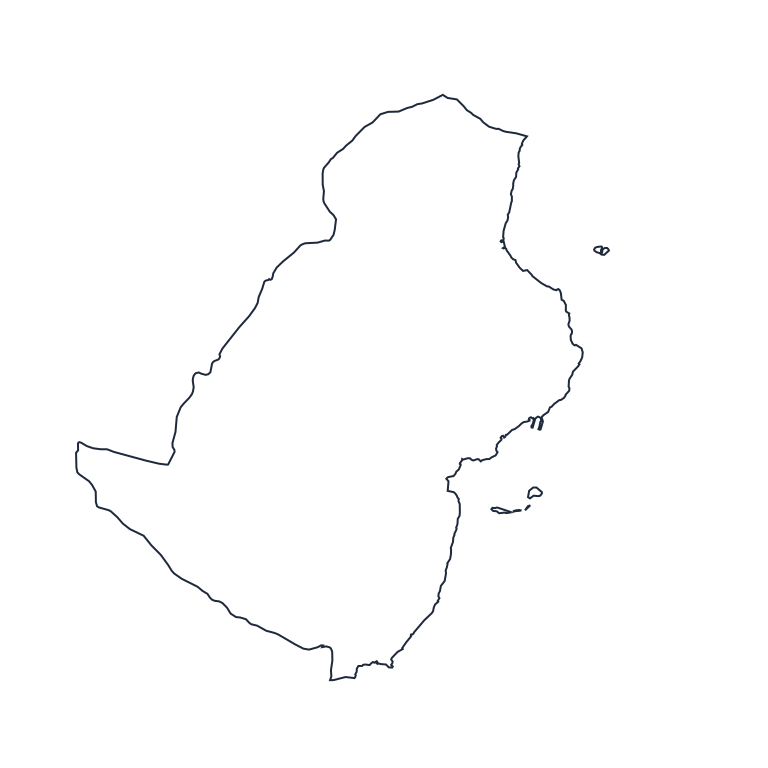 the district of Asseb, Debubawi Keyih Bahri, Eritrea, rotated 41°
{"feature_id": "51966322B31129292770878", "entity_name": "Asseb", "entity_type": "district", "adm_level": 2, "iso_a3": "ERI", "parent_name": "Eritrea", "parent_adm1": "Debubawi Keyih Bahri", "projection": "natural_earth1", "projection_center": [42.689, 12.973], "detail": "fine", "context": "isolated", "style": "outline", "palette": "slate", "viewbox_px": 768, "rotation_deg": 41, "n_neighbors": 0, "source": "geoboundaries", "source_scale": "gbopen_adm2", "svg_char_len": 6170}
<svg xmlns="http://www.w3.org/2000/svg" viewBox="0 0 768 768"><g transform="rotate(41 384 384)"><path d="M554.7,625.3L554.5,623.8L553.8,622.4L552.8,622.0L552.2,619.2L550.2,616.6L549.7,613.6L552.5,611.1L552.5,609.6L553.9,608.0L557.5,605.6L557.6,603.0L558.1,601.0L559.5,600.7L560.4,598.0L561.5,598.3L561.7,599.6L562.7,599.5L563.4,598.4L565.3,597.5L569.5,594.4L573.6,594.7L576.2,592.6L576.0,591.5L573.7,591.3L573.5,589.4L572.6,587.8L570.3,587.3L569.6,585.8L570.0,577.3L572.0,571.7L571.0,571.4L570.2,564.0L570.0,556.8L569.0,556.0L568.8,555.1L569.8,554.4L570.0,553.0L569.6,551.7L569.4,535.9L570.4,525.5L570.1,523.3L568.1,519.8L567.2,516.9L567.8,512.8L566.9,512.6L566.3,509.2L564.5,508.7L562.6,506.1L562.1,503.6L559.4,499.1L559.0,492.8L555.0,486.2L552.9,484.3L551.7,481.1L550.1,478.2L549.4,477.8L548.7,472.7L545.9,468.1L543.0,464.7L542.0,464.0L539.7,458.0L537.0,454.3L536.2,451.6L535.4,451.0L534.3,446.7L533.5,445.4L532.8,445.2L531.4,441.6L528.1,437.3L527.5,433.9L525.8,431.5L519.8,424.8L517.9,424.0L516.4,422.8L515.8,421.7L514.1,421.5L512.2,420.5L509.7,419.9L507.5,419.9L502.2,422.9L496.5,415.1L493.2,414.6L493.3,412.7L493.7,411.9L496.9,407.8L496.8,404.8L496.1,402.9L496.5,399.4L496.2,398.5L495.1,395.0L494.6,394.4L493.7,394.6L493.2,394.0L493.0,390.5L492.2,389.3L493.4,389.0L495.8,385.2L497.5,383.7L500.0,383.7L501.6,383.1L503.7,379.5L504.7,378.7L507.8,378.9L508.1,377.1L510.7,373.3L512.7,371.6L513.4,368.5L515.1,364.7L514.4,360.9L512.7,360.7L510.9,359.2L510.2,357.0L509.1,356.1L508.9,353.2L509.2,349.3L508.8,348.3L507.3,348.1L507.1,346.2L507.8,345.0L509.8,345.6L510.1,344.1L509.3,342.5L510.2,341.4L510.8,334.6L512.2,332.4L513.4,327.4L513.7,323.6L514.4,321.1L516.7,318.4L517.9,316.1L517.3,315.5L516.4,315.6L516.0,314.6L516.3,313.5L516.7,312.7L518.9,312.5L519.1,311.7L520.1,311.7L522.6,316.8L522.8,319.0L523.9,320.0L524.8,319.4L521.0,311.1L521.1,309.2L521.6,307.6L523.3,307.0L524.9,307.0L526.8,308.5L526.8,309.9L529.5,314.7L530.2,316.8L531.2,316.5L532.0,315.7L528.5,308.0L525.1,305.9L524.7,305.1L524.8,302.9L526.2,297.3L524.6,292.8L525.4,291.2L525.5,287.4L526.9,281.1L528.0,279.9L528.9,276.4L528.7,273.9L528.1,273.0L528.2,267.6L526.7,265.5L525.1,264.9L521.3,260.0L520.6,258.3L520.0,253.5L518.5,250.7L518.9,243.4L518.6,240.9L517.5,240.8L517.3,238.0L516.1,233.9L513.2,229.7L509.7,227.5L503.2,228.5L502.9,229.4L502.2,229.9L499.7,229.8L496.2,228.2L493.6,225.7L492.6,224.0L492.7,222.8L491.3,220.8L489.9,219.9L485.8,219.3L484.0,218.0L482.5,214.4L480.6,212.3L478.3,210.7L477.6,209.2L474.3,209.8L473.2,209.5L469.4,205.0L465.0,203.3L462.8,203.9L457.9,199.4L455.5,198.1L453.4,197.9L452.7,199.0L452.7,200.0L449.9,201.5L444.4,202.3L443.0,203.4L436.1,204.7L425.3,205.2L423.9,204.7L417.3,204.1L414.8,207.4L410.4,207.3L404.1,205.8L401.9,204.2L399.7,205.1L397.2,205.0L395.0,204.1L388.9,202.7L387.3,201.7L386.0,202.0L385.4,203.2L384.6,203.4L385.2,201.1L380.9,198.0L379.5,200.0L378.4,199.8L378.2,199.0L378.6,198.3L379.5,197.9L379.6,196.8L378.7,195.4L377.7,195.2L373.8,190.0L370.4,182.8L369.9,179.6L368.3,176.7L366.3,175.0L365.9,172.3L360.9,163.4L360.6,162.2L357.5,158.6L355.3,157.6L353.4,154.1L353.3,152.5L351.3,149.3L350.2,148.3L348.4,145.1L347.8,141.0L345.2,137.7L344.4,133.9L343.6,133.4L343.4,130.8L341.5,129.9L340.9,128.4L336.1,124.1L333.7,120.9L333.4,119.0L332.2,117.5L331.6,115.5L331.6,112.9L330.6,112.6L330.0,110.9L329.4,108.8L329.4,103.3L319.4,108.0L310.3,113.8L307.4,115.1L303.0,116.2L302.1,117.3L300.0,118.5L294.4,120.9L287.1,121.4L282.8,120.7L274.8,122.4L271.8,122.2L266.8,123.0L262.2,122.1L252.3,121.4L244.3,126.4L238.7,127.2L234.8,137.1L228.8,147.1L225.5,151.1L223.3,156.5L220.5,160.3L216.3,168.8L208.5,176.0L204.3,182.8L203.8,194.1L200.7,202.8L199.9,215.5L200.4,221.1L199.0,228.9L198.9,233.4L196.9,240.3L197.1,246.9L196.4,249.2L196.9,252.9L196.9,260.1L197.4,261.8L199.5,265.3L207.0,273.8L212.2,277.9L216.6,284.0L218.4,285.7L220.5,286.8L230.0,289.5L235.2,289.7L239.8,291.2L245.8,300.2L248.1,304.7L248.8,310.5L248.5,311.8L245.3,314.5L241.1,320.9L232.2,329.5L230.9,331.8L230.0,334.1L229.8,343.8L227.4,357.6L226.6,366.4L227.8,373.1L229.6,376.1L230.5,378.6L229.8,380.0L228.5,380.2L228.4,381.5L226.8,383.7L226.6,385.3L229.6,392.0L232.4,400.6L235.4,405.6L236.8,411.1L237.7,421.2L237.5,436.0L238.8,463.2L240.3,469.5L242.2,470.7L243.0,472.9L242.9,474.2L240.9,478.0L240.6,479.6L240.8,481.3L245.3,489.1L244.9,492.0L243.4,494.1L239.3,496.1L236.7,496.8L234.9,499.2L234.7,500.5L235.0,502.8L236.1,505.0L237.4,506.9L242.4,511.2L244.7,514.9L245.7,517.7L246.1,522.2L245.7,530.1L245.8,534.9L249.2,544.8L258.1,557.0L263.1,567.4L265.9,570.3L269.0,571.2L270.5,572.7L273.9,586.4L273.1,587.3L266.4,591.8L254.8,597.9L224.6,612.5L217.7,615.0L213.0,619.1L206.7,623.3L200.5,625.8L193.8,627.0L192.2,627.8L191.8,628.8L192.1,629.7L196.7,634.8L196.7,637.9L206.7,648.9L210.6,651.9L213.3,652.1L225.2,650.9L229.9,651.7L237.0,654.3L244.1,662.2L247.6,664.5L249.8,664.2L259.1,659.8L261.5,659.3L270.2,659.5L278.5,660.7L287.6,660.2L302.2,656.2L314.3,658.4L327.6,659.4L339.8,662.2L346.2,664.2L349.9,664.7L359.2,663.7L376.5,659.3L383.0,659.2L388.5,658.2L392.6,659.4L395.7,659.6L398.5,658.7L402.2,656.2L405.9,655.3L412.2,655.8L419.0,657.9L425.2,657.0L428.6,654.6L434.1,652.1L438.9,652.6L441.4,652.4L446.8,649.6L457.0,647.5L464.5,643.8L468.2,642.5L487.8,638.8L496.8,636.6L501.7,633.6L506.5,626.4L508.1,622.4L509.6,621.3L510.0,623.1L512.6,619.9L515.8,618.4L517.2,618.4L520.3,619.8L526.5,626.6L531.8,634.9L536.1,639.2L537.6,642.9L540.1,640.7L547.2,630.4L554.7,625.3ZM569.2,374.6L570.2,370.1L573.8,367.6L575.1,366.0L575.1,363.9L574.7,362.5L573.9,362.0L567.0,362.1L564.5,364.3L563.6,369.3L566.9,374.9L569.2,374.6ZM465.5,142.0L466.2,135.7L464.9,135.1L463.2,135.0L461.5,136.3L460.9,138.2L460.9,139.8L462.0,141.0L462.4,142.2L461.4,142.1L460.0,140.6L459.2,138.1L458.4,137.5L457.5,137.9L454.8,140.9L454.0,142.8L454.3,144.6L455.3,145.3L458.2,145.0L460.6,143.8L463.3,143.6L465.5,142.0ZM549.6,408.2L552.6,406.1L555.7,406.0L559.4,401.9L561.0,401.2L564.5,397.1L551.0,402.7L550.0,403.4L549.3,404.8L547.1,406.3L547.2,408.0L549.6,408.2ZM566.3,394.0L569.1,391.2L570.6,389.3L568.7,390.4L566.4,392.9L565.2,394.9L565.5,395.5L566.3,394.0ZM573.3,386.8L574.0,379.6L572.8,381.8L573.3,386.8Z" fill="none" stroke="#1e293b" stroke-width="2"/></g></svg>